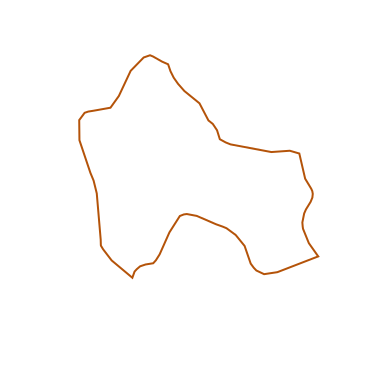 the border of Estelí, rotated 318°
{"feature_id": "NIC-664", "entity_name": "Estelí", "entity_type": "Department", "adm_level": 1, "iso_a3": "NIC", "parent_name": "Nicaragua", "parent_adm1": "", "projection": "equal_earth", "projection_center": [-86.387, 13.143], "detail": "fine", "context": "isolated", "style": "outline", "palette": "amber", "viewbox_px": 384, "rotation_deg": 318, "n_neighbors": 0, "source": "natural_earth", "source_scale": "10m", "svg_char_len": 1007}
<svg xmlns="http://www.w3.org/2000/svg" viewBox="0 0 384 384"><g transform="rotate(318 192 192)"><path d="M297.5,235.2L285.0,257.8L282.8,269.3L282.0,271.8L280.5,274.2L277.7,276.7L273.5,278.7L265.0,281.2L261.0,283.0L253.6,288.5L251.1,291.8L249.9,293.6L244.6,308.2L242.7,324.3L201.8,308.7L190.6,301.3L187.3,293.4L187.2,289.6L187.7,284.5L195.0,267.3L195.7,253.2L193.4,242.0L191.6,238.2L188.3,232.1L179.5,212.9L173.4,204.9L170.9,203.2L166.9,201.7L148.2,206.9L126.2,216.7L119.4,218.6L115.5,219.0L109.0,214.8L103.7,212.5L99.3,212.4L96.1,212.7L90.3,215.8L86.5,189.1L87.6,175.1L88.4,171.0L88.7,170.5L92.2,166.4L120.3,129.3L126.5,117.7L129.3,109.8L143.0,78.2L156.3,63.1L165.2,61.3L168.7,62.8L173.5,65.9L187.8,74.8L201.9,71.7L227.5,60.9L246.1,59.7L252.3,62.3L253.7,65.2L257.0,75.1L259.7,81.1L256.8,87.9L254.9,94.8L254.0,102.3L253.9,111.9L256.9,131.1L252.1,149.8L253.0,155.4L251.9,162.9L248.0,171.4L250.2,177.7L252.5,182.4L277.7,215.4L292.3,226.8L297.5,235.2Z" fill="none" stroke="#b45309" stroke-width="2"/></g></svg>